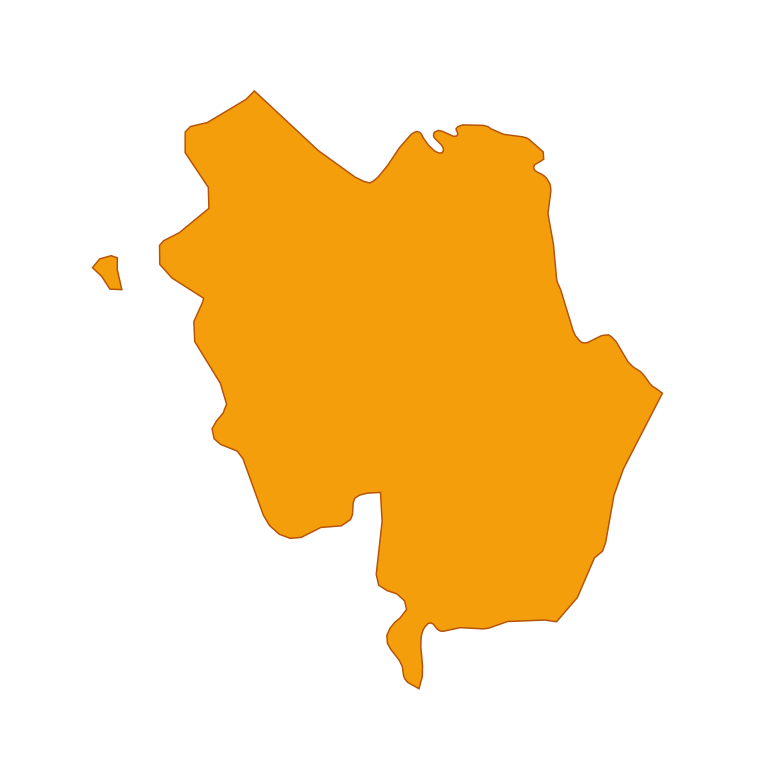 the Province of Matera, rotated 353°
{"feature_id": "ITA-5389", "entity_name": "Matera", "entity_type": "Province", "adm_level": 1, "iso_a3": "ITA", "parent_name": "Italy", "parent_adm1": "", "projection": "albers", "projection_center": [16.459, 40.447], "detail": "fine", "context": "isolated", "style": "filled", "palette": "amber", "viewbox_px": 768, "rotation_deg": 353, "n_neighbors": 0, "source": "natural_earth", "source_scale": "10m", "svg_char_len": 2318}
<svg xmlns="http://www.w3.org/2000/svg" viewBox="0 0 768 768"><g transform="rotate(353 384 384)"><path d="M659.2,427.1L611.3,497.4L598.7,522.5L584.6,568.5L580.5,576.6L571.7,582.2L549.9,619.5L526.3,641.0L515.0,637.9L477.6,634.8L458.7,639.0L455.5,639.2L452.4,639.1L429.9,635.1L412.3,636.7L409.7,636.0L407.7,634.6L406.1,632.5L403.5,628.1L401.5,626.9L398.5,627.1L395.0,630.1L392.9,632.8L391.4,635.9L390.4,638.5L389.4,643.2L388.5,649.4L387.9,668.6L386.4,678.9L381.6,690.7L371.3,683.2L369.0,679.7L367.9,676.1L367.7,666.4L365.3,659.7L358.3,648.1L355.8,641.7L356.2,633.9L360.2,627.1L365.9,621.7L371.4,618.2L378.9,610.6L378.0,601.8L371.4,594.0L361.9,589.4L354.2,583.1L353.1,571.9L365.4,520.1L367.3,491.2L353.9,490.3L346.3,491.3L341.2,493.8L338.9,498.3L336.8,509.9L334.2,514.5L324.3,519.6L303.8,518.7L283.0,526.2L272.0,525.7L261.8,520.4L253.2,510.6L248.3,499.6L234.9,440.9L230.1,432.7L214.5,424.1L208.7,417.6L207.9,407.4L213.5,400.0L220.7,393.3L225.3,384.8L221.7,363.5L201.3,318.8L202.9,298.8L214.0,280.6L215.4,276.9L186.5,253.0L176.0,237.9L178.1,219.0L183.0,214.8L199.2,208.9L231.6,188.3L233.6,167.4L214.8,130.1L217.4,109.6L223.4,104.8L240.4,103.0L281.9,84.6L291.0,77.3L347.3,144.4L380.6,175.2L388.9,180.6L394.6,182.8L399.3,180.6L403.5,177.8L414.5,167.2L427.9,151.6L440.8,140.0L442.5,138.9L444.6,138.0L447.6,137.4L449.9,138.4L451.4,140.2L453.2,145.0L457.3,152.5L462.7,159.0L466.5,161.4L469.6,161.7L471.2,160.1L471.6,157.5L470.8,155.2L469.5,152.9L464.7,146.9L463.5,144.7L463.5,142.5L464.7,140.2L468.7,138.9L472.5,140.2L483.3,146.7L486.4,146.7L487.7,145.0L487.3,142.4L486.5,139.7L488.6,137.6L493.7,136.4L514.0,139.4L518.7,141.3L521.0,143.6L533.2,150.8L551.5,155.5L555.7,157.2L557.7,158.8L570.3,173.0L569.9,180.4L560.0,184.9L559.0,187.3L559.3,189.6L560.9,191.5L563.1,193.2L565.5,194.6L568.1,196.7L570.5,199.7L573.0,205.5L573.4,209.6L573.1,213.0L567.5,234.8L569.2,266.1L568.1,301.5L568.5,304.4L570.9,312.2L578.2,354.0L579.9,359.5L584.1,365.8L586.0,367.2L588.7,367.8L591.4,367.6L604.9,362.8L607.4,362.4L613.0,362.6L616.2,365.6L619.6,370.4L628.9,391.7L632.1,395.9L633.6,397.7L639.8,402.7L641.9,405.4L644.2,409.0L647.7,415.6L650.0,418.9L654.0,422.1L659.2,427.1ZM128.8,223.4L134.7,226.3L133.2,238.0L135.3,258.4L123.5,256.4L116.9,242.8L108.8,233.0L117.0,225.2L128.8,223.4Z" fill="#f59e0b" stroke="#b45309" stroke-width="1.5"/></g></svg>